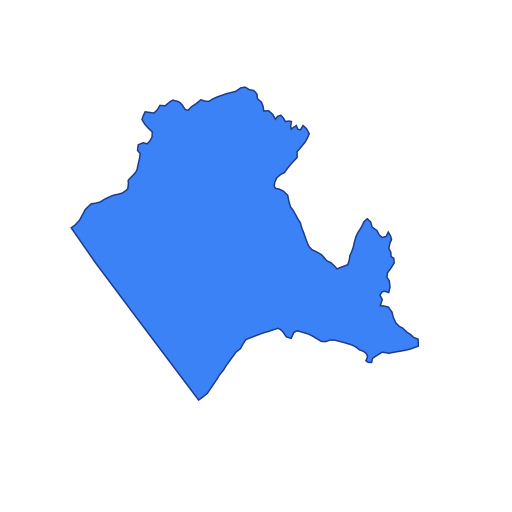 outline of Suna West, Nyanza, Kenya, rotated 20°
{"feature_id": "3690345B37794826705018", "entity_name": "Suna West", "entity_type": "district", "adm_level": 2, "iso_a3": "KEN", "parent_name": "Kenya", "parent_adm1": "Nyanza", "projection": "natural_earth1", "projection_center": [34.385, -1.091], "detail": "fine", "context": "isolated", "style": "filled", "palette": "blue", "viewbox_px": 512, "rotation_deg": 20, "n_neighbors": 0, "source": "geoboundaries", "source_scale": "gbopen_adm2", "svg_char_len": 3039}
<svg xmlns="http://www.w3.org/2000/svg" viewBox="0 0 512 512"><g transform="rotate(20 256 256)"><path d="M436.7,278.7L432.0,278.6L428.1,276.9L423.7,275.9L418.6,273.6L414.5,273.1L410.2,271.0L405.8,266.5L403.1,262.3L397.8,258.7L394.0,259.1L389.7,260.1L389.6,253.7L385.8,250.4L386.9,246.3L389.6,245.0L393.2,245.0L392.6,239.4L389.7,233.7L386.4,231.4L385.3,227.0L386.9,221.5L388.2,215.3L386.3,211.0L383.1,210.3L381.4,206.4L378.2,203.4L377.4,197.8L377.8,194.4L375.8,191.4L372.1,188.3L371.6,193.2L368.2,195.4L364.7,194.2L361.1,190.8L355.2,189.1L352.2,184.9L347.9,182.9L345.6,187.2L345.4,191.1L344.7,195.1L343.7,199.2L343.3,203.8L343.7,209.5L344.4,214.6L344.4,219.4L344.1,223.5L345.0,227.9L345.2,232.8L341.6,235.9L340.6,236.7L337.5,239.5L336.6,240.4L332.6,238.3L328.4,236.6L324.1,236.3L320.6,234.2L317.2,232.5L312.5,231.5L306.2,230.9L302.0,228.6L298.8,225.1L295.8,221.5L293.1,218.1L289.5,214.1L286.2,209.5L283.3,207.4L279.7,204.2L275.5,200.6L271.6,198.0L268.4,193.7L265.0,188.1L259.6,185.7L254.9,185.2L251.1,185.8L249.1,183.9L248.4,180.3L248.8,175.3L251.5,170.6L254.1,168.1L255.8,162.2L257.9,156.4L261.0,149.2L258.9,144.1L260.9,138.8L263.3,131.9L263.9,127.7L264.3,123.0L259.8,119.0L255.5,117.3L254.7,122.2L251.8,122.6L249.3,119.6L247.4,122.2L245.7,124.7L244.1,121.9L243.3,117.5L240.6,118.0L237.6,119.6L234.5,117.0L231.2,115.2L228.5,117.5L227.5,120.9L223.3,117.2L218.3,115.2L213.8,117.1L211.2,112.6L208.5,109.6L203.5,107.6L201.5,103.5L198.3,101.7L196.7,101.3L192.9,102.0L188.1,101.0L184.2,103.2L180.6,108.3L176.4,111.1L172.5,113.7L168.8,116.8L165.0,119.9L161.7,123.2L158.8,126.9L154.5,128.0L150.8,128.0L147.5,133.6L144.4,137.7L142.3,142.3L140.7,142.5L139.4,142.6L135.2,139.4L132.3,137.9L130.3,137.5L128.9,137.5L126.7,137.8L124.5,138.0L122.4,140.5L121.6,141.8L119.3,145.9L114.3,147.3L113.4,151.8L113.0,153.0L111.2,156.6L107.3,157.4L102.5,158.4L102.1,162.7L102.1,165.3L102.2,166.8L106.3,170.1L111.0,172.7L116.0,174.8L117.6,179.6L116.9,184.2L115.4,187.8L111.2,188.2L107.3,191.8L108.5,197.2L112.2,199.5L113.2,204.4L113.9,210.0L114.7,215.8L114.0,219.5L111.7,224.5L110.0,228.6L111.4,231.8L112.5,236.6L111.6,238.6L108.9,242.5L105.2,245.2L101.4,247.5L97.7,250.9L94.6,254.1L91.1,258.5L87.5,261.1L83.3,263.3L81.5,266.9L79.7,270.6L78.9,276.1L77.9,282.8L75.4,288.8L72.7,292.7L107.5,317.3L165.6,355.3L251.4,411.0L254.9,405.6L257.2,401.8L258.3,397.5L259.2,394.1L261.6,384.5L262.3,380.4L264.5,374.2L265.4,369.4L270.1,353.1L273.1,348.4L273.8,343.5L275.1,337.9L288.2,326.5L293.9,322.3L297.5,319.4L301.5,316.4L303.9,316.7L306.7,317.8L308.2,318.8L312.2,321.6L317.2,321.4L317.7,315.0L320.0,312.4L323.5,311.9L328.8,311.6L331.9,311.4L334.6,311.7L336.8,312.0L342.0,313.0L346.4,313.9L350.3,312.9L354.5,309.6L358.9,308.1L367.3,307.3L372.6,307.0L375.3,306.8L378.8,307.0L381.9,307.6L385.2,308.8L389.6,308.8L393.7,310.3L395.3,312.7L395.1,316.8L397.8,317.6L401.1,316.5L400.5,312.4L402.7,309.3L407.5,303.2L414.2,301.9L420.0,298.4L424.3,296.0L428.5,293.5L432.8,290.7L436.3,287.7L439.3,285.3L438.8,283.6L436.7,278.7Z" fill="#3b82f6" stroke="#1e3a8a" stroke-width="1.5"/></g></svg>